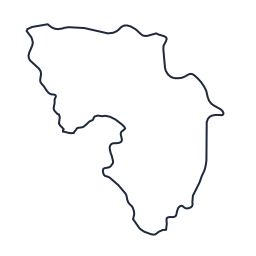 an SVG outline of Lâm Đồng, rotated 267°
{"feature_id": "VNM-480", "entity_name": "Lâm Đồng", "entity_type": "Province", "adm_level": 1, "iso_a3": "VNM", "parent_name": "Vietnam", "parent_adm1": "", "projection": "natural_earth1", "projection_center": [108.021, 11.753], "detail": "fine", "context": "isolated", "style": "outline", "palette": "slate", "viewbox_px": 256, "rotation_deg": 267, "n_neighbors": 0, "source": "natural_earth", "source_scale": "10m", "svg_char_len": 2746}
<svg xmlns="http://www.w3.org/2000/svg" viewBox="0 0 256 256"><g transform="rotate(267 128 128)"><path d="M235.8,53.2L233.5,55.8L232.1,57.7L230.9,60.3L230.4,63.4L230.7,66.9L231.4,70.0L231.8,73.8L230.1,89.6L223.5,113.0L223.9,118.3L225.1,121.4L226.5,123.6L229.2,126.6L230.0,128.2L230.6,129.9L230.4,132.6L229.3,136.0L226.2,140.8L220.8,146.1L219.5,147.8L219.0,150.3L219.0,152.3L221.0,161.1L219.7,163.5L217.9,168.6L216.7,170.6L215.0,171.3L212.6,170.4L208.3,167.8L205.0,167.4L186.0,168.1L182.9,168.8L179.2,170.9L177.1,173.1L175.9,175.3L175.2,178.0L175.1,181.2L175.3,184.3L176.2,187.0L178.4,191.5L178.8,193.3L178.4,195.2L176.8,197.4L173.8,200.3L170.1,203.3L165.6,206.1L161.0,208.1L154.6,209.2L150.9,210.4L147.8,212.6L145.8,215.2L141.9,221.4L139.8,223.4L138.0,224.1L136.6,223.8L136.0,222.8L135.9,221.6L136.2,220.3L136.4,217.1L136.3,214.5L135.9,212.3L134.9,210.1L132.8,208.2L129.6,206.9L91.5,204.6L87.1,203.8L81.8,202.2L76.6,199.4L69.5,196.4L57.1,189.3L50.6,188.4L48.3,188.5L46.6,187.9L45.5,186.7L44.7,184.3L44.6,182.5L44.9,181.1L45.6,180.1L47.0,178.6L47.4,177.8L47.5,176.9L46.9,175.3L45.4,173.9L42.3,172.6L39.5,171.9L37.8,171.2L36.9,169.8L36.7,168.5L36.9,165.2L36.8,164.1L36.6,163.2L36.3,162.4L35.5,161.9L34.3,161.6L30.2,161.7L24.4,160.7L24.3,157.3L23.7,155.6L22.7,153.2L20.4,149.9L20.2,147.8L20.8,145.2L23.7,138.6L25.8,135.8L27.3,134.2L36.7,128.3L41.2,129.6L42.8,129.7L44.7,129.5L47.9,128.7L49.6,127.8L51.6,125.9L53.5,124.5L56.0,123.6L60.6,122.9L62.6,122.1L71.4,115.4L79.5,107.0L80.4,105.4L81.2,102.9L82.1,101.8L83.4,101.1L85.9,100.7L87.4,100.8L88.5,101.3L89.0,102.2L89.2,103.1L89.5,105.6L89.7,106.7L90.0,107.6L90.5,108.3L90.9,108.9L92.8,110.4L93.8,111.1L94.9,111.3L96.0,111.3L101.1,110.3L103.4,109.5L107.7,108.7L109.2,108.7L110.8,109.0L112.1,109.8L113.0,110.8L113.5,112.2L113.5,113.9L113.4,115.8L113.6,118.0L114.2,119.9L115.3,121.0L117.0,121.3L122.0,120.4L123.7,120.7L124.8,121.4L125.5,122.5L126.1,123.5L127.0,124.5L127.7,125.1L129.3,124.4L131.7,122.3L137.0,116.1L140.0,111.0L141.4,106.1L141.1,103.0L142.0,98.4L141.2,95.3L140.3,94.5L138.9,93.9L137.7,93.0L137.1,91.1L136.5,89.8L133.0,85.7L131.5,83.5L131.1,82.2L130.7,77.8L130.2,76.8L129.2,76.2L127.8,74.9L126.5,73.7L125.9,73.6L125.8,73.1L125.8,70.7L126.1,68.9L127.4,64.9L127.8,62.9L128.9,62.9L130.2,63.7L131.7,62.5L133.7,60.6L136.1,59.3L142.3,60.4L145.1,59.8L145.7,58.3L147.2,57.0L148.8,55.7L150.3,54.9L152.4,54.9L156.7,56.0L159.9,56.2L161.3,56.6L162.5,57.3L163.4,57.6L164.4,57.4L165.2,56.3L165.6,53.4L166.1,52.0L167.4,50.4L169.6,48.7L174.1,46.1L176.4,44.2L178.4,43.0L180.4,42.8L186.7,44.0L189.3,43.7L191.9,42.2L200.6,33.7L202.8,32.7L205.3,32.4L208.4,33.3L215.8,36.9L218.4,37.4L221.4,36.9L223.7,36.2L230.1,31.9L232.0,32.7L233.9,37.5L235.8,53.2Z" fill="none" stroke="#1e293b" stroke-width="2"/></g></svg>